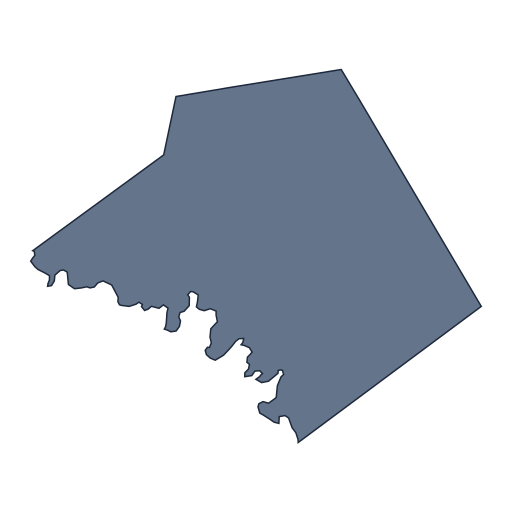 Mills, Texas, United States of America
{"feature_id": "52423323B24678536385719", "entity_name": "Mills", "entity_type": "district", "adm_level": 2, "iso_a3": "USA", "parent_name": "United States of America", "parent_adm1": "Texas", "projection": "natural_earth1", "projection_center": [-98.73, 31.477], "detail": "fine", "context": "isolated", "style": "filled", "palette": "slate", "viewbox_px": 512, "rotation_deg": 0, "n_neighbors": 0, "source": "geoboundaries", "source_scale": "gbopen_adm2", "svg_char_len": 1769}
<svg xmlns="http://www.w3.org/2000/svg" viewBox="0 0 512 512"><path d="M359.2,99.5L341.2,69.5L232.7,87.0L176.0,96.5L163.7,154.9L32.7,250.7L34.3,251.4L34.8,255.4L32.6,258.1L30.7,261.2L34.8,266.6L38.0,269.5L44.8,272.9L49.5,275.7L49.4,280.2L48.1,283.2L47.6,286.3L51.5,285.6L54.3,281.0L54.9,275.1L60.2,270.5L63.6,270.0L67.2,272.1L67.6,275.8L68.4,284.5L74.5,288.7L80.8,288.0L86.9,286.8L90.0,287.9L94.3,287.0L97.8,282.9L103.0,280.9L111.7,285.0L118.2,297.3L117.9,301.7L119.5,304.8L121.4,305.4L129.1,306.4L136.0,304.2L138.9,302.2L142.4,304.4L141.5,306.6L144.6,310.5L148.2,309.1L151.4,306.3L159.0,308.3L163.4,304.9L168.0,308.1L166.9,313.2L166.3,322.8L165.5,326.9L164.3,329.1L167.2,330.0L170.8,331.8L176.1,331.0L179.4,326.5L180.5,321.0L178.8,316.9L180.0,312.5L184.1,311.3L189.2,305.7L189.4,297.2L187.7,294.9L190.6,291.5L193.1,291.8L198.2,294.9L197.9,298.1L197.4,302.2L196.4,306.9L199.3,309.3L204.2,310.7L210.3,308.7L216.1,311.1L216.1,315.2L217.4,321.7L210.8,328.8L210.0,337.0L211.3,342.9L209.5,347.4L207.4,347.3L205.2,350.4L206.4,354.6L210.3,358.1L215.2,360.2L223.4,355.3L228.5,350.0L231.8,346.3L235.5,341.5L239.0,338.7L243.7,338.5L242.8,342.6L241.1,344.7L244.6,345.6L249.4,347.7L252.1,352.1L249.6,355.0L247.4,357.2L246.9,362.3L249.5,364.4L248.4,369.2L244.9,372.7L244.7,376.7L251.8,375.6L254.9,371.1L259.6,370.7L262.5,373.6L261.0,374.8L259.6,376.6L255.9,379.3L261.6,382.6L268.5,381.2L278.0,373.3L278.2,370.5L280.6,369.9L282.5,370.4L283.6,374.5L281.0,376.9L277.4,385.6L276.2,397.6L268.6,403.2L263.0,401.6L258.9,403.7L258.0,406.8L259.8,413.1L262.9,414.8L269.2,418.8L274.1,422.2L278.9,423.4L279.0,421.4L279.2,416.6L285.1,415.6L288.6,418.0L292.1,427.7L295.9,432.8L298.1,439.7L298.2,442.5L481.3,306.4L478.6,301.9L359.2,99.5Z" fill="#64748b" stroke="#1e293b" stroke-width="1.5"/></svg>